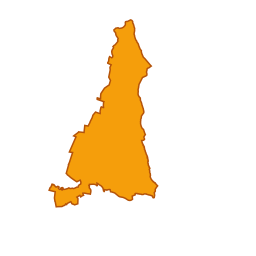 Subcetate, Harghita, Romania, rotated 113°
{"feature_id": "2599482B74327350474583", "entity_name": "Subcetate", "entity_type": "district", "adm_level": 2, "iso_a3": "ROU", "parent_name": "Romania", "parent_adm1": "Harghita", "projection": "orthographic", "projection_center": [25.394, 46.866], "detail": "fine", "context": "isolated", "style": "filled", "palette": "amber", "viewbox_px": 256, "rotation_deg": 113, "n_neighbors": 0, "source": "geoboundaries", "source_scale": "gbopen_adm2", "svg_char_len": 5818}
<svg xmlns="http://www.w3.org/2000/svg" viewBox="0 0 256 256"><g transform="rotate(113 128 128)"><path d="M209.4,176.0L212.1,175.9L212.4,175.9L213.3,176.4L216.1,176.3L215.8,174.2L215.1,170.1L221.1,168.4L224.2,166.5L224.3,166.2L228.6,163.3L227.7,161.6L226.4,158.7L225.9,157.9L224.7,157.0L223.9,156.0L222.2,155.6L222.4,154.6L222.0,154.6L220.9,154.2L218.2,151.9L218.4,151.4L219.5,150.3L219.7,149.6L219.7,149.3L219.5,149.1L219.6,147.1L217.4,144.6L212.7,146.4L212.3,146.8L211.6,148.1L208.8,146.0L209.9,144.6L208.4,143.7L207.3,142.6L206.6,143.4L206.2,143.8L205.7,144.1L205.0,142.8L204.2,139.0L203.9,138.3L203.6,136.8L201.2,137.3L199.6,138.0L198.8,139.1L198.5,139.9L198.1,140.3L197.0,140.7L196.1,141.6L195.8,141.2L195.5,141.1L194.9,141.4L194.4,140.2L193.3,138.0L192.9,136.6L192.8,136.1L192.9,135.3L193.1,134.6L193.3,134.1L193.0,133.8L190.9,135.0L190.9,134.4L191.5,132.2L191.7,130.3L192.5,128.5L193.3,127.4L195.5,125.9L195.5,125.6L195.8,125.1L195.7,125.0L194.3,125.7L194.2,125.5L193.9,125.5L193.7,124.5L193.8,124.5L193.2,123.3L193.4,123.1L192.6,122.3L191.9,121.2L191.7,120.4L192.1,120.1L192.6,119.8L193.3,119.2L193.5,119.1L193.2,117.8L193.0,115.4L193.0,114.8L193.2,114.1L194.2,110.8L194.5,109.6L194.5,108.5L193.8,105.4L193.8,104.7L193.8,103.0L194.3,100.0L194.3,99.2L194.2,98.8L194.0,98.1L193.5,97.2L192.5,96.4L191.8,96.0L189.1,97.5L186.7,95.3L186.3,95.6L186.0,95.8L185.5,95.7L185.3,95.5L185.3,95.1L184.7,94.2L184.8,93.3L184.3,92.4L184.5,92.1L183.8,90.0L183.8,89.9L183.9,89.6L183.8,89.2L183.4,88.2L182.3,87.2L182.1,86.9L181.8,85.7L181.6,85.5L181.7,85.2L181.7,84.7L181.5,83.2L181.5,82.8L181.2,81.5L181.2,80.8L181.0,79.3L181.8,78.5L182.4,77.5L181.8,76.7L179.5,77.2L177.1,78.6L176.0,78.2L175.4,78.2L174.0,78.9L173.3,78.9L171.4,78.6L169.7,78.1L168.9,79.9L168.4,80.9L167.9,81.4L168.1,82.1L167.9,82.5L167.5,83.3L167.6,83.8L167.3,84.0L167.2,84.4L166.9,85.3L166.7,85.7L166.4,85.9L166.0,86.7L164.8,88.0L163.9,88.7L163.1,88.7L162.6,89.1L162.4,89.1L161.4,89.6L161.2,89.8L161.0,90.1L160.3,90.8L159.7,90.9L159.5,91.1L158.6,91.5L157.9,92.2L157.4,92.2L156.8,92.1L156.6,92.1L156.2,92.5L156.2,92.8L156.1,93.0L155.8,93.1L155.3,93.5L155.1,93.8L154.8,94.0L154.6,94.5L153.0,95.5L152.9,95.5L152.7,95.8L152.4,96.1L152.2,96.2L151.3,96.3L150.9,96.7L150.7,96.5L150.4,96.7L150.1,96.7L148.7,97.7L148.4,98.1L148.0,98.3L148.0,98.5L147.8,98.5L147.7,98.4L147.5,98.7L147.1,98.8L147.1,99.0L146.9,99.0L145.7,100.0L145.5,100.4L144.6,101.3L143.8,101.9L143.0,102.8L142.6,103.0L142.2,103.4L141.8,103.6L141.1,104.6L140.5,104.7L140.2,105.0L139.8,105.2L139.6,105.6L139.2,105.6L139.1,105.8L138.8,105.9L138.2,106.7L138.2,107.1L137.8,107.1L136.5,108.7L135.5,109.6L134.2,110.5L134.1,110.1L133.1,108.9L132.2,108.4L131.8,108.4L131.4,108.7L131.0,109.2L130.1,109.9L128.0,109.7L127.4,109.4L126.0,110.8L124.6,112.0L124.1,112.5L123.3,113.1L123.1,113.5L123.0,114.5L121.6,116.2L120.3,117.3L119.2,118.1L118.3,118.4L117.3,119.0L116.6,119.0L115.2,119.7L114.7,119.7L114.4,119.6L113.0,119.9L111.8,120.3L109.7,119.9L108.2,119.5L107.9,119.6L107.4,119.6L107.1,119.6L106.7,120.0L106.2,120.1L105.7,120.6L104.4,121.4L103.0,122.7L102.3,123.2L101.4,124.1L99.7,125.3L98.7,126.3L97.8,127.3L95.6,128.4L95.5,128.6L94.8,130.1L93.9,131.2L92.9,132.0L90.0,133.0L88.9,133.7L88.0,133.8L87.3,134.0L86.7,134.0L85.9,134.4L85.3,134.4L83.7,134.9L75.9,134.4L73.0,131.8L72.3,131.3L71.8,131.4L71.1,131.6L70.4,132.0L69.4,132.8L68.6,133.0L68.0,133.0L66.1,133.5L65.4,133.3L64.3,132.2L61.9,130.8L61.2,132.4L57.7,139.3L56.8,141.6L54.2,144.3L52.7,145.5L51.6,145.9L50.6,147.7L47.9,150.4L46.8,151.2L46.1,152.1L45.6,153.1L44.4,154.2L43.9,155.2L42.2,156.8L40.8,157.9L40.1,158.2L39.5,158.9L38.3,159.4L35.9,159.9L34.9,160.4L33.9,160.7L33.4,161.0L33.2,161.4L31.3,162.8L30.3,163.6L29.6,164.6L28.0,165.4L27.7,166.0L27.4,166.8L27.5,167.9L29.7,169.7L30.4,170.6L30.7,171.3L31.1,171.7L31.7,171.8L32.9,171.2L34.0,170.8L35.2,170.9L35.8,171.2L36.8,171.5L37.4,171.9L38.5,172.9L39.8,175.0L39.8,175.4L39.6,176.3L40.0,176.9L40.6,177.7L40.7,178.1L43.2,179.3L43.7,179.0L44.1,178.6L44.5,178.3L45.0,176.8L46.3,176.0L47.6,174.9L49.5,172.0L51.1,171.9L51.8,171.2L52.9,171.3L55.3,172.0L56.7,172.5L57.6,173.2L59.0,173.6L59.2,173.0L59.8,172.7L60.2,172.7L62.6,173.1L64.1,172.8L65.1,172.2L66.2,171.5L66.8,170.8L67.0,170.5L67.7,170.1L68.6,169.9L69.1,170.0L69.7,170.4L69.5,172.8L71.2,172.8L74.3,171.9L75.7,172.2L76.3,171.9L76.4,168.4L76.4,168.2L79.1,168.3L79.7,168.1L81.0,167.3L81.8,167.0L88.7,165.6L91.1,162.7L94.8,162.3L95.6,162.1L100.5,165.2L106.9,166.4L108.5,166.0L111.8,164.7L112.1,166.6L112.2,168.0L112.3,168.1L112.9,167.9L113.4,167.8L113.7,167.5L113.2,160.5L114.0,160.5L117.1,159.4L118.7,158.5L118.9,158.8L118.9,160.6L119.4,161.0L123.4,160.3L125.1,159.4L125.6,159.3L125.9,162.0L126.0,164.1L127.6,164.6L129.9,165.3L132.6,165.0L136.6,165.3L138.1,165.2L141.8,165.5L142.5,168.8L149.3,166.7L150.9,172.0L151.4,172.0L155.9,174.6L156.5,174.9L156.5,172.4L173.0,172.6L172.2,169.4L182.3,168.5L184.9,168.5L184.9,168.3L194.0,167.1L194.3,166.1L194.8,165.5L195.1,164.1L196.0,161.4L197.0,157.0L197.5,154.1L194.7,151.7L195.6,150.7L196.5,150.1L196.9,149.9L198.2,149.7L198.9,150.4L199.9,150.9L200.5,151.1L201.5,150.8L201.8,150.8L202.0,150.9L202.4,152.0L204.2,153.5L204.8,154.2L205.1,154.7L205.1,155.6L206.1,157.1L206.4,158.0L206.3,158.4L206.2,159.0L206.5,159.3L206.9,159.5L207.5,160.1L208.7,161.6L209.2,162.3L210.0,164.0L210.8,164.4L210.8,164.8L210.6,165.4L210.4,165.7L210.1,165.9L209.9,165.9L209.7,165.7L209.8,165.1L209.8,164.7L209.6,164.5L209.4,164.3L208.8,164.2L208.6,164.4L208.4,164.8L208.7,165.5L209.2,166.2L209.6,166.3L209.9,166.3L210.3,166.1L210.8,166.3L211.1,166.6L211.2,167.0L211.0,167.9L210.7,168.4L210.5,168.6L210.0,168.3L209.4,168.3L209.2,168.5L209.1,169.0L209.1,169.7L209.3,170.1L210.1,170.6L210.4,171.1L210.4,171.8L209.3,173.6L209.2,174.0L209.7,174.7L209.6,175.2L209.2,175.3L209.4,176.0Z" fill="#f59e0b" stroke="#b45309" stroke-width="1.5"/></g></svg>